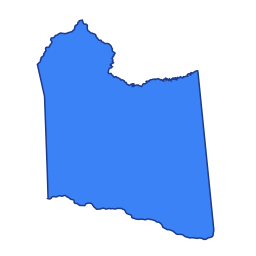 the district of Lagoa da Confusão, Tocantins, Brazil, rotated 277°
{"feature_id": "56859067B90547454880809", "entity_name": "Lagoa da Confusão", "entity_type": "district", "adm_level": 2, "iso_a3": "BRA", "parent_name": "Brazil", "parent_adm1": "Tocantins", "projection": "natural_earth1", "projection_center": [-49.967, -11.048], "detail": "fine", "context": "isolated", "style": "filled", "palette": "blue", "viewbox_px": 256, "rotation_deg": 277, "n_neighbors": 0, "source": "geoboundaries", "source_scale": "gbopen_adm2", "svg_char_len": 5842}
<svg xmlns="http://www.w3.org/2000/svg" viewBox="0 0 256 256"><g transform="rotate(277 128 128)"><path d="M180.1,30.3L150.1,41.0L148.7,41.4L73.5,53.4L48.6,57.2L48.2,56.9L48.0,58.6L48.3,59.6L49.0,60.3L49.5,60.4L50.0,60.7L50.3,61.1L50.6,61.8L50.9,62.9L50.8,64.2L50.9,65.1L51.2,66.1L52.0,66.9L52.3,67.9L52.5,69.0L52.2,70.2L52.5,71.6L52.9,72.2L53.3,73.3L53.3,74.1L52.8,75.0L52.4,75.5L51.9,76.9L51.8,77.6L50.8,78.9L50.2,80.4L50.1,82.4L49.7,83.1L49.1,83.5L47.5,83.6L46.8,84.5L46.9,86.5L46.7,87.1L46.3,87.5L45.8,88.3L45.3,89.8L45.4,90.6L45.4,91.4L45.7,94.3L46.1,94.8L47.4,95.3L47.9,95.9L48.7,97.8L48.7,99.3L48.7,100.0L48.6,101.0L47.9,101.8L47.0,102.5L46.5,103.1L45.7,103.6L45.3,104.2L44.5,105.5L44.0,106.0L43.6,106.7L43.6,107.6L44.0,108.6L44.2,110.4L45.2,112.3L45.5,113.7L44.8,116.0L45.4,117.5L45.7,118.9L46.0,119.6L45.7,120.4L45.8,121.2L46.1,122.1L46.1,123.0L46.0,123.8L46.0,125.0L46.3,126.0L46.9,127.0L47.3,130.8L47.3,131.5L46.8,132.4L46.6,133.5L46.5,134.0L46.1,134.7L45.6,135.2L44.0,136.1L43.6,136.5L43.3,136.9L42.9,137.5L42.5,138.9L42.1,141.2L41.9,141.7L41.3,142.3L39.7,142.6L39.2,143.8L39.0,145.5L38.6,146.8L38.6,148.3L38.6,149.5L38.8,150.8L39.3,153.4L39.0,155.6L39.1,156.3L39.4,157.3L40.2,158.5L40.2,159.0L40.0,161.1L39.9,163.2L39.4,165.7L39.2,166.3L38.4,167.6L38.2,168.9L38.2,169.9L37.7,171.4L36.4,173.1L35.2,173.9L34.2,174.4L33.6,174.8L33.3,175.9L32.0,179.1L31.9,180.1L32.1,181.7L31.2,184.9L30.7,185.9L28.9,188.6L28.6,189.1L28.5,190.8L28.7,191.6L28.8,193.0L28.9,194.3L28.7,195.3L27.3,197.8L27.0,198.7L26.8,200.6L26.5,202.3L26.5,203.3L26.8,204.3L27.0,205.4L26.9,210.4L27.3,211.1L27.6,212.7L27.5,214.3L27.2,215.7L26.8,216.3L26.7,217.1L27.0,218.7L27.9,220.0L28.8,221.0L29.3,222.8L29.9,224.1L30.6,225.0L31.7,225.5L33.0,225.5L33.7,225.4L34.2,225.6L34.9,225.4L36.1,225.7L37.6,225.4L38.3,225.5L39.1,225.2L192.5,190.5L193.3,190.1L193.1,189.2L192.7,188.3L192.4,187.8L190.2,185.2L190.6,184.6L190.7,183.9L190.0,183.3L189.4,183.4L189.0,183.8L188.5,184.0L188.2,183.6L188.6,183.1L189.1,182.6L189.3,182.0L189.0,181.3L188.6,180.7L188.2,180.4L187.6,180.4L186.7,180.8L186.6,179.7L185.9,178.2L185.7,177.5L185.7,176.7L184.8,176.7L184.4,176.1L184.7,174.8L185.1,174.3L185.3,173.8L183.9,172.5L183.9,171.9L184.3,171.2L183.8,170.8L183.3,170.9L183.2,170.3L183.5,169.9L183.7,169.2L183.5,168.7L183.0,168.7L182.5,169.1L182.4,169.7L182.4,170.5L181.9,170.6L181.8,169.7L182.0,169.0L182.4,168.3L182.8,168.0L183.1,167.5L182.6,167.0L183.0,166.4L182.3,165.7L181.3,165.0L180.1,164.8L181.1,163.9L181.6,163.6L181.9,163.2L181.3,162.9L180.6,162.9L180.1,162.7L180.4,162.2L181.1,161.9L181.5,161.3L181.6,160.6L181.3,160.2L180.7,160.4L180.2,160.3L180.4,159.8L181.6,159.7L182.1,159.4L181.7,159.0L181.1,158.7L180.9,157.9L180.2,157.2L179.6,156.9L179.1,157.6L179.0,157.0L179.2,156.5L179.5,156.0L180.1,155.5L179.7,154.9L179.7,154.2L180.2,153.8L180.4,152.5L180.6,151.9L180.5,151.3L179.4,149.5L179.4,148.9L179.9,148.8L179.6,148.1L179.5,147.3L179.3,146.4L178.9,145.8L178.8,145.1L178.6,144.4L178.0,144.0L177.8,143.4L177.4,143.0L176.9,143.1L176.7,142.6L176.8,141.1L176.7,140.6L176.3,140.3L175.5,141.2L175.1,140.8L174.7,140.4L174.2,140.0L173.9,139.2L173.9,138.2L173.3,137.5L172.7,137.2L171.2,136.8L170.8,136.5L170.8,135.9L171.1,135.3L171.4,134.7L171.3,134.0L171.5,133.3L171.9,133.0L171.9,132.5L171.5,130.7L171.1,129.8L170.1,128.6L169.8,128.0L169.7,127.1L170.3,126.9L170.8,127.4L171.5,127.4L171.6,128.2L172.3,128.6L172.5,128.0L172.5,127.4L172.3,126.8L171.7,125.6L170.7,124.5L170.5,124.0L170.5,123.4L171.0,122.9L171.2,122.3L171.4,121.3L171.8,121.0L172.5,121.0L173.1,120.3L173.3,118.9L174.3,118.5L174.7,117.8L175.0,117.0L175.1,116.2L174.8,115.4L175.0,114.8L175.5,114.6L175.9,113.9L176.1,113.0L176.5,112.5L177.0,110.5L177.5,110.0L177.3,108.8L176.7,108.4L176.8,107.8L177.1,107.1L177.8,106.8L178.4,106.3L178.7,105.6L179.1,105.1L179.7,104.9L180.1,104.4L180.0,103.7L179.6,102.7L179.9,102.0L180.6,101.5L181.2,101.7L182.4,101.6L183.1,101.8L184.0,101.9L185.0,102.3L185.5,103.8L186.9,105.0L187.2,104.1L188.0,103.8L187.9,103.2L188.3,102.7L188.8,102.8L189.4,103.1L189.5,103.7L189.8,104.2L190.2,104.5L190.6,105.2L191.0,105.7L191.4,105.5L191.9,104.3L193.5,104.8L193.9,104.2L194.6,104.2L195.1,103.7L195.7,103.8L196.1,104.2L196.7,104.3L197.2,104.6L197.7,105.0L198.2,105.2L198.7,104.8L199.7,105.7L200.3,106.0L201.0,105.8L201.2,105.3L201.9,104.0L202.3,103.3L203.6,102.7L204.6,102.9L205.7,102.1L207.6,100.9L208.7,99.4L209.2,98.5L209.4,97.9L209.1,95.2L209.1,94.6L209.5,93.9L209.9,93.2L210.2,92.7L210.0,92.0L210.9,90.9L211.5,90.9L211.9,90.3L211.5,89.6L211.7,88.5L212.1,87.9L212.5,87.6L213.4,86.6L214.3,85.8L215.0,84.9L215.8,85.0L216.5,84.5L216.9,84.0L217.3,83.1L217.4,82.0L217.8,80.9L217.8,80.1L217.9,79.5L218.2,78.9L219.1,77.7L219.4,77.0L219.9,76.2L221.5,75.5L223.4,75.2L224.1,75.3L224.6,75.2L225.1,75.0L225.6,74.5L225.9,74.1L225.8,72.5L226.0,71.7L226.3,71.2L226.9,70.6L227.6,70.4L228.8,69.8L229.5,69.6L229.0,67.8L228.5,66.6L227.9,66.7L227.5,66.4L226.8,65.5L224.9,65.3L224.3,64.7L223.8,63.9L223.2,63.3L222.6,62.9L222.0,62.8L221.4,63.0L220.5,62.8L219.2,62.8L218.6,62.1L217.5,61.1L216.6,60.5L216.3,59.0L216.0,58.7L215.5,57.9L215.4,57.0L215.0,56.6L214.4,55.4L214.2,54.4L213.9,53.8L214.0,53.0L214.0,51.8L213.8,50.8L214.1,50.1L214.1,49.6L213.0,47.7L212.5,47.2L211.9,46.9L211.6,46.5L211.1,44.8L210.4,44.3L209.8,44.0L209.3,43.9L208.8,43.4L208.2,42.6L208.2,41.5L207.7,40.7L206.0,40.5L205.0,41.6L203.9,42.0L202.4,41.6L202.0,41.2L201.4,40.7L200.5,40.6L199.6,39.9L199.1,40.1L198.5,39.6L198.2,39.0L198.2,38.5L198.4,37.9L198.2,37.3L197.6,36.6L196.6,36.5L195.3,37.0L194.7,37.0L194.1,37.0L193.4,36.2L193.0,36.3L192.6,36.1L192.1,35.7L191.5,35.4L190.9,35.3L190.3,35.7L189.7,35.7L189.1,35.1L188.7,34.5L188.1,34.3L187.8,33.5L187.3,33.2L186.5,33.5L186.0,33.1L185.3,33.0L184.9,32.8L184.3,33.0L183.1,32.8L180.1,30.3ZM182.6,167.0L181.9,167.1L181.7,166.5L182.2,166.5L182.6,167.0Z" fill="#3b82f6" stroke="#1e3a8a" stroke-width="1.5"/></g></svg>